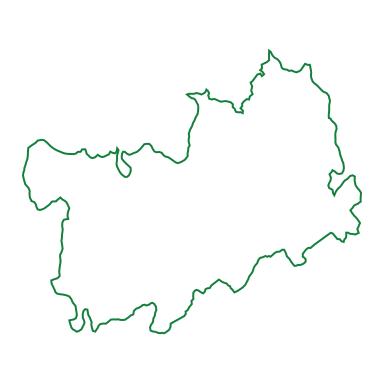 Piracicaba, São Paulo, Brazil (Equal Earth projection)
{"feature_id": "56859067B64041724273684", "entity_name": "Piracicaba", "entity_type": "district", "adm_level": 2, "iso_a3": "BRA", "parent_name": "Brazil", "parent_adm1": "São Paulo", "projection": "equal_earth", "projection_center": [-47.797, -22.712], "detail": "fine", "context": "isolated", "style": "outline", "palette": "green", "viewbox_px": 384, "rotation_deg": 0, "n_neighbors": 0, "source": "geoboundaries", "source_scale": "gbopen_adm2", "svg_char_len": 5921}
<svg xmlns="http://www.w3.org/2000/svg" viewBox="0 0 384 384"><path d="M51.3,280.4L51.6,283.6L54.6,289.8L55.4,292.1L57.1,293.6L58.7,294.0L64.3,294.8L66.7,295.4L69.2,296.4L71.2,298.9L72.8,302.6L75.6,306.1L76.1,309.9L76.9,315.0L75.9,318.2L74.1,319.3L69.3,320.4L70.3,324.1L71.4,327.5L72.8,329.3L74.8,330.4L76.8,331.7L78.5,331.2L81.3,329.5L82.4,327.4L84.3,323.6L84.4,321.5L82.9,317.8L82.7,314.3L83.4,311.2L85.1,309.2L87.4,309.6L88.3,315.0L89.6,317.1L91.6,322.0L91.3,324.7L92.0,328.0L92.9,330.9L95.2,331.6L97.6,328.0L98.8,325.5L100.1,324.2L102.4,323.6L106.1,323.6L108.2,321.9L110.9,319.6L113.6,319.4L116.6,319.5L118.2,319.3L120.4,319.9L122.5,320.0L124.9,319.8L128.1,317.7L130.6,315.5L133.3,314.4L133.9,310.9L136.3,308.6L139.0,307.7L141.3,306.3L142.6,305.1L144.7,304.7L146.2,305.5L149.0,304.7L150.6,303.4L152.3,302.8L154.2,303.9L156.0,306.7L156.3,310.2L155.2,312.8L154.8,315.7L153.4,318.5L153.0,322.0L151.0,324.9L150.0,327.4L150.6,330.6L152.9,331.5L155.5,331.8L157.8,332.8L160.3,333.2L162.1,332.8L163.8,333.3L165.9,332.3L167.7,330.9L169.2,329.8L170.5,326.8L170.7,323.6L184.2,316.1L185.8,313.9L185.6,311.5L187.6,310.2L189.2,307.2L191.8,304.0L191.5,300.9L193.4,299.0L193.2,296.5L193.4,292.6L194.7,290.8L196.4,289.9L198.5,290.5L200.6,292.1L203.1,293.4L204.9,291.5L205.5,289.2L207.4,288.3L209.7,288.1L211.3,285.5L218.9,279.6L222.2,281.9L224.3,282.8L226.6,283.5L228.2,285.4L230.0,286.2L230.8,288.3L232.6,289.8L234.4,292.4L237.5,291.0L241.8,288.1L243.9,286.3L245.3,284.8L248.2,279.3L249.0,276.9L252.5,271.9L254.0,267.4L255.0,265.7L257.2,263.2L258.3,260.1L260.1,257.8L262.3,257.4L265.6,256.0L267.4,256.8L269.1,256.0L270.6,256.7L274.8,252.9L276.9,251.8L279.7,251.6L282.2,249.7L284.2,249.8L285.8,252.9L287.0,256.5L289.4,258.8L291.1,261.6L292.7,263.8L294.5,265.9L296.4,265.7L297.9,264.9L299.8,265.1L301.3,264.6L303.5,263.7L305.6,261.7L305.7,259.4L304.3,257.7L302.8,256.8L302.8,253.8L305.9,249.7L308.4,247.8L310.5,248.0L314.3,244.7L330.7,232.8L332.8,233.5L337.4,239.1L339.8,239.2L341.5,241.3L343.7,241.9L344.3,239.7L346.0,237.6L346.3,235.5L346.2,232.7L348.1,232.7L350.0,233.8L352.6,234.0L355.3,234.5L358.7,232.9L357.3,229.0L358.3,227.2L359.1,225.0L360.0,223.0L358.4,220.6L356.3,217.8L353.9,215.4L351.7,212.4L350.4,210.3L352.8,207.6L353.9,205.7L355.6,204.7L357.8,203.8L359.2,202.6L360.7,201.7L360.6,198.7L361.0,192.8L359.7,190.6L357.2,187.8L355.5,185.0L354.6,180.4L354.8,176.5L352.6,175.3L350.2,176.0L347.3,179.1L344.8,180.5L343.1,182.6L341.9,184.5L340.2,186.7L337.8,188.8L335.9,191.5L334.3,195.3L333.2,193.4L332.5,189.8L329.2,188.0L328.3,185.6L329.2,183.1L330.6,180.3L330.9,177.5L329.5,174.2L331.6,172.0L332.5,170.2L334.5,171.2L337.1,173.5L339.1,174.0L341.9,173.4L343.3,171.0L343.9,168.1L343.7,165.9L343.3,163.1L342.2,160.7L341.6,158.7L340.4,155.5L339.4,150.7L338.3,147.5L336.0,144.5L335.4,142.3L335.5,138.9L335.3,135.7L335.5,132.3L336.6,128.9L336.3,126.1L335.2,124.0L333.7,122.4L331.5,120.5L330.6,118.6L328.9,118.1L328.7,115.5L329.2,110.2L329.2,105.1L330.0,100.9L328.7,95.7L326.5,93.0L324.2,92.1L322.7,91.2L320.5,89.0L318.5,86.8L316.2,84.6L314.5,83.5L312.6,81.4L311.2,77.6L311.0,75.2L311.2,72.8L310.9,70.2L309.9,64.9L307.6,64.9L305.2,63.8L304.0,65.4L301.0,69.9L299.1,71.3L296.3,72.3L294.4,71.7L291.5,70.5L289.1,70.9L286.9,69.6L284.8,69.4L283.2,69.0L281.7,67.6L280.9,64.4L279.7,61.8L277.4,59.2L274.6,57.7L272.6,55.6L270.6,51.8L269.1,50.7L269.0,56.2L269.1,60.2L266.7,62.2L261.7,64.6L262.0,68.4L260.2,70.1L262.3,71.6L264.1,74.2L261.9,76.1L260.3,73.6L257.3,74.6L254.1,79.0L252.2,81.4L250.6,82.6L252.2,86.4L251.2,90.7L252.6,94.2L249.8,96.4L249.1,99.5L246.7,99.1L243.6,101.7L242.1,103.7L242.3,106.1L240.5,108.2L242.9,110.7L242.7,113.1L240.7,112.2L238.1,112.3L235.9,111.8L234.6,108.7L232.7,107.1L232.9,104.3L230.6,102.2L226.1,101.1L224.3,101.2L220.7,101.7L218.4,100.7L216.0,99.6L214.2,98.9L211.7,99.5L209.3,98.7L208.2,95.3L209.1,93.3L208.1,91.2L206.4,89.6L205.1,92.5L203.1,93.7L201.4,94.5L199.7,93.8L196.4,93.0L194.3,93.8L188.9,93.8L187.0,94.5L189.1,96.3L191.6,98.2L193.7,98.5L195.2,99.7L198.0,104.9L198.3,107.5L198.1,111.1L197.6,114.1L195.8,117.1L194.5,120.4L193.2,122.6L192.4,125.1L191.6,127.0L190.2,129.5L188.8,133.6L189.2,136.8L188.6,139.6L188.7,141.9L189.7,145.3L188.3,148.0L188.1,151.0L187.6,153.2L187.7,156.1L186.0,158.4L184.7,159.9L181.3,161.9L179.5,162.6L177.6,163.1L175.9,162.5L168.4,157.3L165.0,156.4L162.9,154.5L161.8,152.8L159.4,152.0L156.2,152.2L154.5,151.5L153.0,149.4L151.3,145.9L149.2,143.9L146.2,143.9L144.2,144.3L140.5,148.8L138.3,150.8L136.7,152.0L133.4,153.2L131.3,154.2L129.2,154.8L127.0,153.7L124.9,151.9L123.2,151.7L122.2,153.4L121.7,156.3L121.9,158.8L123.7,161.1L127.1,164.5L128.6,165.8L130.6,167.8L130.8,170.7L130.0,173.3L128.9,175.4L127.0,176.9L124.7,176.8L121.6,174.3L119.9,172.2L119.0,170.5L117.1,166.6L116.5,164.1L117.1,158.7L117.0,155.6L117.8,153.1L118.5,150.1L117.2,148.3L116.6,151.5L115.0,153.4L112.3,152.7L110.3,151.6L109.0,154.3L103.7,156.8L101.8,157.0L99.7,156.2L97.8,154.8L95.1,157.3L92.4,158.1L90.3,157.4L88.5,155.5L86.6,153.7L86.1,151.5L85.3,149.3L82.2,149.3L80.6,151.8L77.9,151.9L76.1,153.4L74.0,154.1L67.9,153.9L65.6,153.6L63.0,152.9L57.7,150.7L56.2,150.0L54.1,148.8L51.7,147.1L50.2,145.8L47.0,142.6L44.1,140.2L41.5,139.8L39.5,140.3L37.8,140.5L35.5,142.9L31.9,145.2L28.3,147.9L28.0,150.8L27.8,155.6L27.4,159.0L26.0,162.9L25.3,165.6L24.4,167.9L24.3,170.1L23.4,172.6L23.0,175.4L23.6,178.3L25.2,184.1L28.4,187.8L29.7,190.6L29.5,193.7L29.8,197.2L31.5,201.1L34.3,202.1L35.9,204.5L36.5,207.0L37.7,209.4L40.0,210.0L42.0,209.4L44.2,208.5L48.9,205.0L50.2,203.8L51.7,201.7L53.4,201.4L55.9,201.4L57.8,199.6L60.4,197.5L62.3,199.4L64.9,200.9L66.6,202.4L67.9,205.1L69.3,208.3L68.2,211.4L67.6,214.1L67.6,216.3L68.2,219.0L66.2,219.2L63.8,219.8L62.3,222.7L62.2,226.3L62.7,229.1L62.5,231.6L62.0,234.5L61.9,238.1L61.4,240.8L62.0,244.0L62.6,248.7L61.4,252.4L60.1,254.9L60.2,257.7L60.5,260.1L60.5,262.4L59.9,265.5L59.2,271.5L59.7,276.0L57.6,278.2L54.9,279.0L51.3,280.4Z" fill="none" stroke="#15803d" stroke-width="2"/></svg>